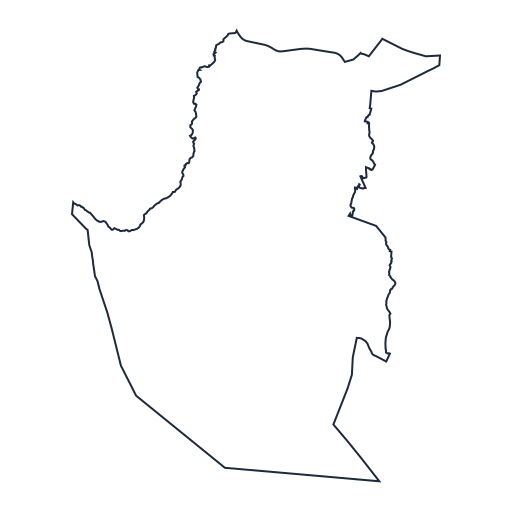 the district of Tlalpan, Distrito Federal, Mexico
{"feature_id": "50627088B11005238011149", "entity_name": "Tlalpan", "entity_type": "district", "adm_level": 2, "iso_a3": "MEX", "parent_name": "Mexico", "parent_adm1": "Distrito Federal", "projection": "natural_earth1", "projection_center": [-99.188, 19.201], "detail": "fine", "context": "isolated", "style": "outline", "palette": "slate", "viewbox_px": 512, "rotation_deg": 0, "n_neighbors": 0, "source": "geoboundaries", "source_scale": "gbopen_adm2", "svg_char_len": 5970}
<svg xmlns="http://www.w3.org/2000/svg" viewBox="0 0 512 512"><path d="M136.1,395.7L224.9,467.8L379.3,481.3L361.6,458.6L348.1,441.9L333.4,424.5L347.6,388.4L351.9,374.7L352.8,357.2L356.8,337.9L359.2,338.0L361.6,338.6L365.6,341.2L367.4,343.5L369.4,348.4L371.3,351.6L372.1,353.7L372.6,354.3L374.2,355.4L375.8,356.0L386.2,361.5L389.9,353.6L388.6,353.3L387.5,353.4L386.1,352.6L385.9,351.9L386.1,350.7L385.6,348.9L385.4,343.1L385.8,338.3L386.3,335.9L387.0,334.2L387.5,332.1L389.3,328.6L389.8,326.6L390.1,321.9L389.5,317.5L389.4,315.5L389.6,314.6L390.4,313.8L390.4,313.5L388.8,311.0L388.0,310.1L386.8,308.0L386.5,305.7L386.1,304.8L386.4,303.2L386.3,301.1L386.5,300.6L387.2,298.0L387.8,296.8L388.6,294.4L389.8,292.9L390.2,290.1L390.4,289.8L390.9,289.6L391.3,288.9L392.1,288.7L393.1,286.8L394.7,285.1L395.4,283.4L395.3,282.8L394.5,281.3L393.5,280.3L392.5,279.6L390.5,277.3L390.4,276.4L389.2,275.2L389.3,273.2L389.0,271.9L389.5,270.5L389.5,269.8L390.2,268.8L390.1,268.4L390.5,267.0L389.6,265.3L390.0,264.5L391.2,263.2L391.1,262.4L391.6,261.5L391.2,261.2L391.2,260.9L391.9,258.8L391.9,258.3L391.5,258.0L391.4,257.3L391.1,256.9L391.5,251.6L389.8,251.2L390.2,249.9L388.8,249.2L388.3,248.4L387.8,246.7L386.2,244.6L386.0,243.5L386.4,242.1L386.2,241.5L385.6,240.8L385.6,238.6L385.4,238.0L385.5,237.5L376.1,225.9L348.6,215.9L350.1,213.6L350.3,214.4L351.1,216.1L351.4,216.3L351.9,216.2L352.6,214.6L352.7,213.1L353.4,210.5L353.6,210.3L353.9,210.7L354.2,210.3L354.1,209.7L354.3,208.8L354.1,208.3L353.6,207.9L352.1,207.8L351.5,207.5L350.8,206.4L350.4,205.1L351.1,203.8L352.1,198.5L353.0,196.9L353.2,195.4L355.1,191.8L355.1,190.8L355.3,190.1L354.9,188.5L355.0,187.5L355.3,187.6L355.5,188.5L357.1,188.9L357.3,188.4L357.0,187.9L356.9,187.6L358.0,186.5L358.4,185.6L358.9,185.3L359.2,184.3L359.7,184.8L358.9,186.2L358.9,187.0L359.8,187.8L362.4,188.5L363.0,188.5L364.0,188.0L364.8,188.2L365.1,188.0L365.6,187.9L360.4,176.3L361.1,176.0L361.8,176.1L362.5,177.0L362.8,178.2L363.7,178.2L366.4,177.4L366.5,176.4L366.0,169.4L366.0,167.2L369.3,168.4L369.4,169.0L369.8,169.4L370.4,169.6L370.3,169.4L370.5,169.2L371.4,169.5L372.6,169.5L375.1,164.7L374.3,163.9L373.3,161.9L372.9,161.5L372.6,160.7L370.6,159.2L370.3,158.6L370.4,157.1L371.1,155.3L371.9,154.6L372.1,154.1L372.4,154.0L372.5,153.3L373.0,152.7L372.9,151.3L373.5,150.0L373.8,149.8L374.3,147.1L374.0,145.6L373.2,144.0L372.3,143.4L371.9,142.4L372.8,141.5L373.0,140.7L371.6,138.9L370.2,137.8L369.2,135.9L369.1,134.4L369.6,132.6L369.1,129.4L369.2,128.0L369.0,127.5L369.1,123.0L369.0,122.8L367.6,123.2L367.7,121.8L364.8,121.3L365.2,119.9L366.5,117.1L367.5,117.2L368.5,115.1L368.9,114.8L369.6,114.8L371.2,109.0L371.3,108.6L369.7,108.2L370.2,104.7L371.4,90.8L374.5,91.4L376.9,91.5L381.6,91.0L399.0,85.3L400.7,84.7L427.7,71.1L433.0,68.6L439.3,65.2L440.0,55.5L425.9,56.3L412.9,52.6L407.7,50.9L402.3,48.9L382.3,38.8L380.8,40.9L368.8,56.3L364.3,54.3L361.1,53.6L360.6,52.9L358.2,55.3L353.4,59.5L344.8,61.9L341.8,57.3L340.7,56.0L339.1,54.7L337.7,53.8L335.2,52.9L309.8,48.8L306.1,48.6L300.9,48.9L281.9,51.4L278.5,51.3L275.6,50.3L270.4,47.1L266.9,45.5L264.6,44.8L248.0,41.3L246.1,40.9L244.4,40.1L242.4,38.8L240.3,36.6L237.5,32.4L236.6,30.7L235.7,32.6L235.3,33.0L229.8,33.5L228.6,33.8L228.1,34.1L227.7,35.4L223.5,39.2L223.3,39.8L223.5,41.0L223.3,41.4L221.7,42.3L220.5,42.4L219.1,43.7L216.2,45.3L215.9,47.7L215.6,47.9L215.4,49.5L215.1,49.4L214.9,50.5L214.3,51.9L215.6,52.5L214.4,53.6L213.6,53.9L213.7,55.4L214.2,55.3L214.8,55.7L214.6,56.4L214.8,58.5L215.2,59.8L214.9,60.6L214.0,62.2L210.1,65.6L209.5,65.3L209.0,65.4L208.9,65.8L209.4,66.4L209.2,66.7L207.1,67.1L204.6,66.2L201.7,67.5L201.2,67.2L200.0,67.6L199.0,69.4L199.7,69.9L198.4,70.0L197.5,71.9L197.2,72.8L197.6,77.0L198.3,77.3L199.3,78.1L200.5,79.6L200.6,80.7L201.0,81.5L200.7,82.2L199.7,82.9L199.0,84.9L197.8,87.2L197.3,87.6L197.5,88.3L198.3,89.2L198.9,89.3L199.0,89.9L198.7,90.2L196.3,91.5L196.1,92.0L196.7,93.0L196.6,93.8L195.2,95.3L193.9,95.8L194.1,97.7L193.3,100.8L193.2,102.4L194.0,103.6L194.2,103.4L194.7,103.6L195.5,104.3L195.8,104.1L196.4,104.7L196.1,106.2L194.4,110.3L195.0,111.2L195.3,111.4L195.8,112.5L196.4,116.6L195.9,117.5L194.0,118.9L192.1,121.2L191.9,121.9L192.1,123.5L191.4,124.6L190.4,125.1L190.2,126.8L190.4,127.3L192.7,129.6L192.9,130.4L192.7,132.9L192.2,133.9L191.6,134.9L190.0,135.8L190.7,136.9L192.5,138.5L193.6,138.5L194.9,137.6L195.4,137.5L195.7,138.0L195.7,138.7L194.7,140.1L193.1,141.7L193.4,142.8L194.1,143.7L193.4,146.0L194.1,147.7L194.5,151.1L194.1,151.6L193.4,154.0L193.4,155.6L193.3,156.0L192.2,157.3L191.1,157.7L189.7,158.9L189.4,160.0L189.3,161.7L188.6,163.2L187.6,163.0L187.1,163.2L185.9,164.0L185.8,164.8L185.5,165.2L184.6,165.3L184.4,166.3L184.9,166.9L185.0,167.3L183.5,169.2L182.2,171.9L182.2,172.7L182.5,173.4L183.2,174.2L183.5,175.9L182.7,176.7L182.2,177.8L181.8,179.6L180.3,181.7L180.7,183.6L180.7,184.7L180.3,186.0L179.4,187.3L177.7,188.8L176.4,189.5L175.6,190.5L174.8,191.9L172.8,192.0L172.2,193.4L170.0,196.0L166.5,198.2L163.9,198.8L161.7,200.1L159.4,202.2L159.1,202.8L157.0,203.5L154.1,205.9L153.4,206.9L151.9,208.2L149.9,208.7L149.5,209.7L148.1,210.9L147.2,211.9L146.7,212.9L145.9,213.6L145.0,214.1L143.9,215.1L144.2,218.2L143.8,221.0L143.6,221.1L143.1,222.3L141.0,224.1L140.4,224.5L140.2,225.7L138.7,227.7L137.0,228.8L133.4,230.1L132.2,229.9L131.7,230.1L129.8,231.2L128.6,231.3L128.1,231.0L127.6,230.3L126.0,230.0L124.7,230.8L123.2,230.7L120.6,231.1L120.2,231.0L119.0,229.9L118.5,229.7L117.8,229.9L114.4,228.2L112.8,229.7L112.1,229.8L111.5,229.6L109.5,227.3L108.4,226.7L107.5,224.7L105.4,221.8L103.5,221.0L101.1,221.9L99.3,221.8L98.1,220.9L97.3,220.8L95.6,219.3L94.5,218.1L93.9,217.1L90.0,212.7L88.7,212.4L86.0,210.3L85.0,209.9L83.3,207.6L82.7,207.5L81.8,206.7L81.2,206.8L80.2,205.6L78.8,205.1L77.6,205.5L75.8,204.1L74.0,203.3L73.2,202.3L72.0,214.2L85.9,228.6L87.6,229.9L89.3,245.2L91.7,252.3L92.2,256.6L93.0,261.2L93.1,263.4L95.0,276.2L97.5,281.1L99.4,288.8L107.3,312.5L111.5,327.8L120.9,365.6L136.1,395.7Z" fill="none" stroke="#1e293b" stroke-width="2"/></svg>